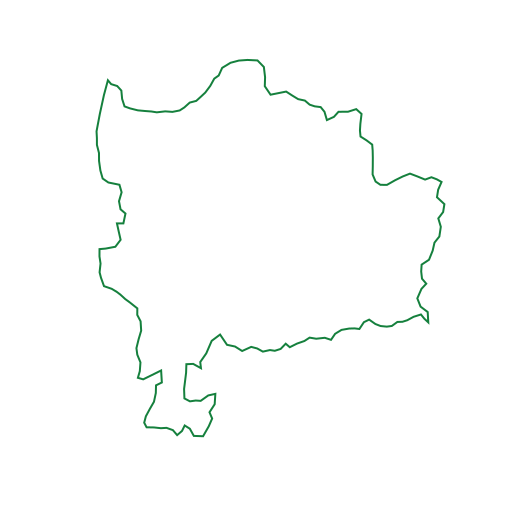 the district of Cabreúva, São Paulo, Brazil, rotated 12°
{"feature_id": "56859067B26102733992690", "entity_name": "Cabreúva", "entity_type": "district", "adm_level": 2, "iso_a3": "BRA", "parent_name": "Brazil", "parent_adm1": "São Paulo", "projection": "equal_earth", "projection_center": [-47.08, -23.313], "detail": "fine", "context": "isolated", "style": "outline", "palette": "green", "viewbox_px": 512, "rotation_deg": 12, "n_neighbors": 0, "source": "geoboundaries", "source_scale": "gbopen_adm2", "svg_char_len": 2537}
<svg xmlns="http://www.w3.org/2000/svg" viewBox="0 0 512 512"><g transform="rotate(12 256 256)"><path d="M308.0,338.2L314.4,333.1L321.0,329.1L325.4,324.7L332.1,324.4L340.3,321.7L346.8,322.4L349.6,315.6L355.0,310.5L362.2,307.6L367.6,306.3L372.3,305.9L375.3,298.3L379.9,294.7L386.9,297.7L392.4,298.6L398.6,297.9L403.4,296.2L408.0,291.1L412.9,289.9L417.3,287.4L422.8,282.7L429.5,278.9L433.8,282.4L438.3,285.1L435.6,275.1L427.5,271.3L422.6,263.9L424.7,253.7L428.3,247.7L423.1,243.7L420.8,236.8L419.8,230.0L426.0,223.7L427.7,214.0L427.8,205.8L431.3,198.8L430.7,189.0L426.5,181.3L429.9,174.1L429.5,166.1L420.8,160.9L420.4,153.3L422.1,145.0L416.9,143.4L411.2,142.5L405.5,146.1L397.2,144.6L389.5,143.4L383.0,147.7L376.4,152.9L369.3,159.2L362.9,160.5L357.5,158.3L353.1,152.0L351.6,144.1L349.8,135.4L348.2,128.6L346.5,122.9L340.1,119.9L333.4,117.4L331.6,111.7L330.6,105.0L329.7,95.1L323.5,91.5L316.1,95.7L306.7,97.8L303.3,103.7L297.1,108.3L293.0,100.7L288.3,96.9L282.3,97.4L277.0,96.8L271.5,93.8L264.6,93.8L258.1,91.5L251.3,88.9L246.9,90.8L236.7,95.2L229.3,88.1L227.7,79.2L224.4,69.5L216.8,64.4L206.9,66.0L198.6,68.4L190.9,72.3L183.8,79.0L182.0,87.2L178.3,91.2L175.9,99.1L172.4,106.7L169.2,111.3L165.3,116.7L159.3,119.7L155.0,125.6L151.1,129.5L144.3,132.4L137.1,133.4L129.1,136.1L123.6,136.4L117.7,137.2L110.1,138.1L102.0,137.8L96.3,137.0L92.4,130.2L89.9,122.2L84.9,118.6L78.6,118.0L74.6,114.9L73.8,130.2L73.7,149.4L74.1,167.2L75.9,173.9L77.3,180.4L81.0,187.9L82.7,195.6L86.0,204.7L89.9,212.1L96.3,214.8L107.6,214.7L111.3,221.6L110.6,230.9L113.8,238.5L119.5,241.6L119.5,251.7L113.2,253.0L116.5,260.3L120.2,268.3L116.5,276.2L107.4,280.0L101.5,281.8L103.0,289.0L105.5,295.7L106.4,304.5L108.9,309.5L113.6,317.1L121.7,318.1L127.4,320.1L131.6,322.1L137.0,325.3L141.7,327.4L150.8,331.9L152.1,338.3L156.7,343.9L159.2,352.9L158.5,361.7L158.2,371.0L160.4,377.2L165.1,384.1L166.3,392.8L165.8,399.7L171.3,400.1L187.0,387.7L190.2,399.3L185.1,403.3L186.5,410.9L186.5,419.8L184.0,427.5L181.6,435.7L181.3,442.3L184.6,446.3L191.9,444.9L198.8,444.2L204.2,442.7L210.9,443.6L216.1,447.6L220.0,442.5L221.5,436.6L227.2,438.7L232.6,444.9L241.7,443.3L245.2,432.4L246.9,424.1L243.0,418.5L246.4,409.6L244.9,399.3L238.3,402.3L232.0,409.2L227.1,409.9L221.6,411.9L215.6,410.2L213.3,401.0L211.9,384.8L210.4,376.3L217.0,374.6L225.5,377.2L223.5,371.3L227.6,361.6L230.3,348.2L237.2,340.3L246.1,348.9L254.3,348.9L262.2,351.8L270.2,345.9L276.4,346.2L282.6,348.1L289.2,345.1L294.1,344.8L299.4,341.8L303.3,335.6L308.0,338.2Z" fill="none" stroke="#15803d" stroke-width="2"/></g></svg>